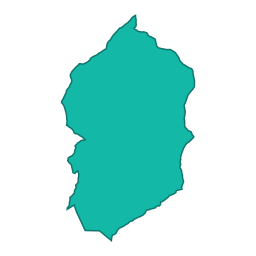 the district of Chengmari, Samchi, Bhutan
{"feature_id": "84629894B7629980605125", "entity_name": "Chengmari", "entity_type": "district", "adm_level": 2, "iso_a3": "BTN", "parent_name": "Bhutan", "parent_adm1": "Samchi", "projection": "orthographic", "projection_center": [89.063, 26.994], "detail": "fine", "context": "isolated", "style": "filled", "palette": "teal", "viewbox_px": 256, "rotation_deg": 0, "n_neighbors": 0, "source": "geoboundaries", "source_scale": "gbopen_adm2", "svg_char_len": 5699}
<svg xmlns="http://www.w3.org/2000/svg" viewBox="0 0 256 256"><path d="M61.5,102.7L62.0,102.9L63.8,105.5L65.0,108.9L66.4,114.3L66.8,119.2L67.0,120.3L67.0,121.3L67.0,122.9L66.9,124.0L66.8,124.8L66.6,125.4L67.3,125.6L68.5,126.4L69.1,127.1L70.3,127.7L71.7,128.8L72.9,129.9L73.3,130.6L73.7,131.8L74.1,132.7L74.9,133.4L75.5,133.7L76.9,133.7L78.7,134.7L79.9,135.7L80.7,136.1L81.3,136.3L82.6,137.3L83.8,138.4L85.1,139.8L84.3,140.3L82.5,140.2L81.0,140.6L80.0,141.5L77.9,142.9L75.0,146.1L75.6,146.8L76.1,147.6L75.6,148.3L75.2,149.3L75.1,150.4L74.7,151.0L74.5,153.0L72.7,155.1L72.2,155.6L70.7,156.5L69.9,156.7L69.5,157.0L68.2,158.1L68.1,159.4L68.0,159.9L67.7,160.4L68.1,160.9L68.3,161.6L68.6,162.2L69.5,163.0L70.4,163.7L71.1,164.6L71.7,165.8L71.7,166.9L72.2,168.6L72.5,169.9L72.7,170.7L72.8,171.5L72.9,172.4L73.7,173.0L74.4,173.4L75.2,173.2L76.0,172.2L76.7,171.6L77.0,171.2L77.9,171.0L78.3,172.9L78.7,173.9L78.8,175.8L78.8,176.3L78.4,177.3L78.2,178.1L78.3,179.0L78.2,180.2L78.2,181.3L78.1,182.0L77.9,182.6L77.7,183.0L77.2,183.7L76.0,184.7L75.6,185.5L75.9,186.4L76.3,187.3L75.9,188.3L75.3,189.2L74.6,190.3L74.4,191.3L74.6,192.0L74.3,193.0L72.5,195.2L71.9,195.9L71.3,196.6L70.4,196.9L70.0,197.6L69.9,198.6L70.0,199.6L69.9,200.8L69.4,202.3L69.4,204.4L69.0,205.9L68.1,206.9L67.4,207.8L67.2,209.3L74.2,205.0L76.4,211.6L85.2,230.5L99.5,230.8L111.4,240.6L111.7,237.5L112.3,235.4L113.1,234.8L114.3,234.5L116.0,233.3L117.1,231.0L117.9,229.7L118.9,228.5L121.0,227.4L122.3,226.8L123.2,226.4L124.9,225.3L125.5,224.8L126.0,224.3L127.1,224.0L128.0,223.5L128.5,222.8L130.2,221.4L132.2,221.0L133.6,219.9L134.1,218.9L135.0,218.9L136.5,218.2L138.5,217.1L140.4,216.5L141.6,215.7L142.5,215.4L143.4,214.7L144.5,213.6L145.3,212.8L145.6,211.9L146.1,210.9L146.7,210.1L148.6,209.9L149.7,209.5L150.3,209.1L154.1,208.2L154.6,208.0L155.5,207.7L156.0,206.9L156.6,206.4L157.6,205.9L158.2,205.8L159.1,206.0L159.5,205.6L160.3,204.9L160.5,204.1L160.7,202.6L161.0,201.9L162.8,201.3L163.1,200.9L164.2,200.3L165.3,199.6L166.0,198.9L166.7,198.4L168.1,197.2L168.9,196.3L169.4,195.6L170.2,195.2L171.3,195.0L172.4,194.5L173.5,194.0L174.9,193.2L175.9,192.4L176.0,191.5L176.4,190.6L177.8,190.2L178.7,189.9L180.2,189.7L182.0,189.2L182.0,188.7L181.7,187.7L181.6,186.3L182.2,185.7L182.3,185.1L182.6,184.5L182.7,183.9L183.2,182.8L183.5,181.9L183.5,181.0L183.2,180.2L182.9,179.2L182.5,177.6L182.6,176.2L182.1,174.4L181.8,172.9L181.7,172.1L181.5,170.7L181.1,169.7L180.6,168.7L180.0,167.9L179.8,167.1L179.9,166.5L180.2,166.1L180.7,164.9L180.6,164.4L180.5,163.2L180.4,162.6L180.1,162.1L180.1,161.4L180.7,159.9L180.8,159.5L180.5,159.0L180.6,157.4L181.0,155.7L181.4,153.9L181.8,153.0L182.4,151.3L182.9,150.2L183.4,148.1L184.2,147.4L184.4,146.7L185.0,145.5L186.1,144.2L186.4,143.6L187.5,142.9L189.5,141.4L193.1,137.9L193.5,137.4L193.8,136.9L193.4,136.0L192.3,135.0L191.1,131.9L189.7,131.1L188.3,130.8L187.8,130.2L186.9,129.1L186.3,128.6L185.1,127.0L184.7,126.0L184.6,124.8L184.7,123.3L184.6,122.0L184.6,120.5L184.1,119.0L184.7,115.9L184.8,114.7L185.1,113.4L185.2,111.2L184.8,109.6L184.6,107.9L184.2,106.5L184.1,105.2L184.3,104.8L185.3,102.8L186.3,99.9L187.0,97.8L187.3,97.1L187.5,96.4L187.7,95.7L188.0,95.1L188.4,94.5L188.8,93.9L190.2,92.2L191.1,91.1L192.1,90.0L192.6,89.5L193.0,88.9L194.1,87.1L194.4,86.4L194.4,85.7L194.4,84.3L194.5,82.1L194.5,81.4L194.4,80.7L194.3,79.9L194.1,79.2L193.8,77.1L193.6,76.4L193.3,75.0L193.1,74.3L193.0,73.6L192.9,72.1L192.9,71.4L192.7,70.7L192.4,70.0L192.1,69.4L191.6,68.8L191.0,68.4L190.3,68.2L189.6,68.1L188.9,67.9L188.3,67.5L187.7,66.9L187.2,66.9L186.2,66.1L185.0,65.3L184.4,64.9L183.2,64.2L182.6,63.8L182.1,63.2L181.7,62.6L181.2,62.1L180.7,61.6L180.1,61.1L179.8,60.5L179.1,58.5L178.8,57.8L178.4,57.2L178.1,56.6L177.3,55.4L176.0,53.6L175.5,53.0L175.1,52.5L174.5,52.0L173.9,51.6L173.3,51.2L170.8,49.9L170.2,49.5L168.6,49.6L167.2,49.6L165.2,49.4L163.9,49.0L162.0,48.8L160.3,48.3L158.4,47.9L157.7,47.2L156.7,46.0L156.5,45.2L156.4,44.2L155.9,43.0L155.8,41.8L155.6,41.2L155.5,40.5L155.3,39.7L155.0,39.1L154.4,38.7L151.9,37.3L150.6,36.7L149.2,36.2L148.6,35.8L148.1,35.3L147.8,34.6L147.6,33.9L147.2,33.3L146.7,32.8L145.3,32.4L144.0,31.9L141.4,32.0L138.9,31.5L137.4,30.9L136.0,29.8L135.0,29.4L134.2,28.6L134.3,27.8L134.9,27.4L135.5,27.0L136.0,25.8L136.2,25.0L136.2,24.3L136.1,23.6L136.0,22.9L136.0,21.4L136.1,20.0L136.0,19.3L135.7,17.8L135.6,17.1L135.5,16.4L135.5,15.4L134.6,15.8L134.1,16.2L133.6,16.5L133.2,16.7L132.7,17.1L132.2,17.5L130.9,19.1L130.6,19.5L130.3,20.3L129.8,20.6L129.3,21.1L128.2,22.2L127.9,22.8L127.2,23.1L126.6,23.5L126.0,23.9L125.4,24.3L124.9,24.8L123.8,25.8L123.3,26.3L122.7,26.7L122.1,27.1L121.5,27.5L120.9,27.8L120.1,28.0L119.5,28.2L119.0,28.8L118.2,29.9L117.7,30.5L114.7,33.6L113.7,34.7L113.3,35.2L112.8,35.8L112.4,36.4L112.0,37.0L111.6,37.6L111.0,38.9L110.6,39.5L110.1,40.0L109.0,41.0L108.5,41.5L108.1,42.1L107.7,42.7L107.4,43.3L107.2,44.0L107.0,44.7L106.6,46.8L106.3,48.3L106.0,48.9L105.4,49.3L104.7,49.5L104.1,49.9L101.2,52.0L100.6,52.3L99.9,52.7L99.3,53.0L98.6,53.4L98.1,53.8L97.6,54.4L97.1,54.8L96.4,55.1L94.4,56.0L93.8,56.3L93.1,56.6L92.5,57.0L91.9,57.4L91.3,57.8L90.7,58.2L90.3,58.7L89.9,60.2L88.8,60.7L88.2,61.5L87.6,61.9L87.1,62.4L86.4,62.7L84.4,63.5L83.9,63.8L82.8,64.1L81.4,64.0L80.8,63.7L79.8,63.7L79.2,63.8L78.6,64.9L77.7,65.5L76.3,66.8L74.5,68.7L73.5,69.8L73.0,70.4L72.1,71.4L71.7,72.0L71.1,73.3L70.7,74.0L70.4,74.7L70.3,75.3L70.4,76.0L70.6,76.7L70.8,77.4L71.3,78.8L71.6,79.5L71.7,80.2L71.8,80.9L71.7,81.6L71.4,82.3L71.2,83.0L70.8,83.6L69.8,85.5L69.5,86.2L69.2,86.9L68.8,87.5L68.4,88.1L67.9,88.5L67.4,89.1L67.0,89.7L66.7,90.3L66.4,91.0L66.2,91.7L66.1,92.4L65.9,93.1L65.6,93.7L64.6,95.7L63.4,98.3L62.7,99.6L62.3,100.2L61.7,101.2L61.5,102.7Z" fill="#14b8a6" stroke="#0f766e" stroke-width="1.5"/></svg>